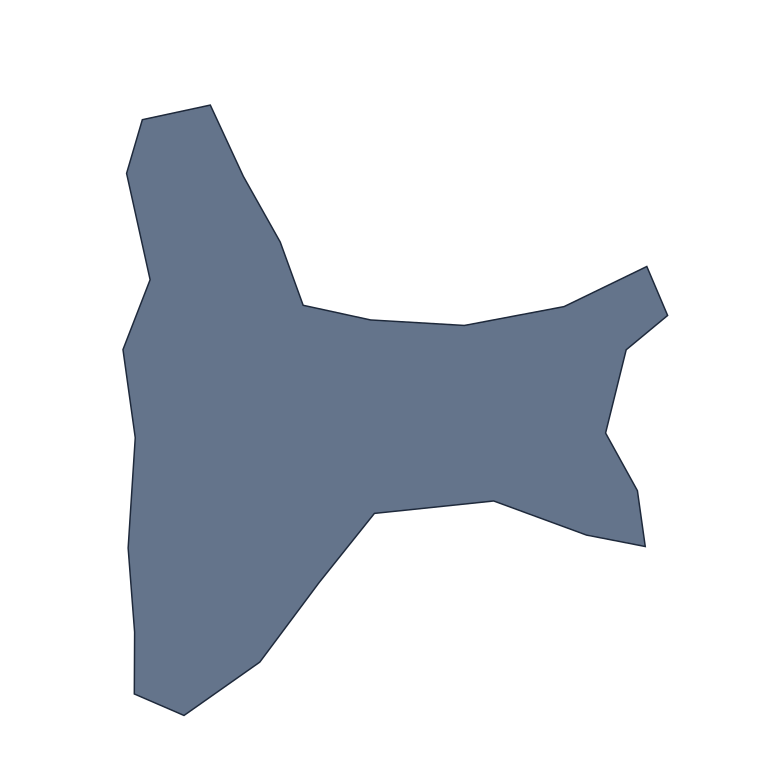 the state/province of Christmas Island, rotated 172°
{"feature_id": "IOA-2652", "entity_name": "Christmas Island", "entity_type": "state/province", "adm_level": 1, "iso_a3": "IOA", "parent_name": "Indian Ocean Territories", "parent_adm1": "", "projection": "albers", "projection_center": [105.657, -10.498], "detail": "fine", "context": "isolated", "style": "filled", "palette": "slate", "viewbox_px": 768, "rotation_deg": 172, "n_neighbors": 0, "source": "natural_earth", "source_scale": "10m", "svg_char_len": 504}
<svg xmlns="http://www.w3.org/2000/svg" viewBox="0 0 768 768"><g transform="rotate(172 384 384)"><path d="M628.2,83.6L674.4,111.8L665.5,172.9L660.2,257.2L637.8,365.4L637.7,454.4L601.1,519.8L609.6,628.4L586.5,679.4L517.2,684.4L494.4,609.2L467.0,539.0L453.1,473.2L388.4,449.3L296.3,430.8L194.9,435.6L107.4,463.8L93.6,412.4L139.4,384.2L171.4,304.6L147.9,243.1L147.9,186.7L204.5,206.2L291.7,252.9L411.5,257.2L475.9,196.4L545.7,125.9L628.2,83.6Z" fill="#64748b" stroke="#1e293b" stroke-width="1.5"/></g></svg>